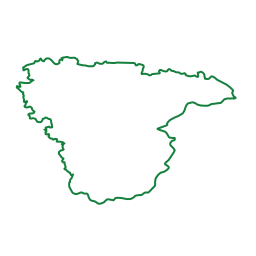 the border of Voronezh, rotated 357°
{"feature_id": "RUS-2377", "entity_name": "Voronezh", "entity_type": "Region", "adm_level": 1, "iso_a3": "RUS", "parent_name": "Russia", "parent_adm1": "", "projection": "robinson", "projection_center": [39.798, 50.823], "detail": "fine", "context": "isolated", "style": "outline", "palette": "green", "viewbox_px": 256, "rotation_deg": 357, "n_neighbors": 0, "source": "natural_earth", "source_scale": "10m", "svg_char_len": 5659}
<svg xmlns="http://www.w3.org/2000/svg" viewBox="0 0 256 256"><g transform="rotate(357 128 128)"><path d="M73.0,191.3L71.2,190.9L69.9,190.2L68.8,189.0L66.2,183.4L66.4,180.3L66.5,179.5L67.3,178.9L67.3,178.7L67.1,178.2L67.5,177.0L68.0,176.1L68.9,175.3L70.1,172.9L70.5,171.7L70.1,171.7L69.1,172.2L68.8,172.1L68.0,170.6L67.8,169.6L66.6,169.1L65.0,167.7L64.0,166.4L62.7,165.9L62.5,165.7L62.4,165.4L62.6,165.0L63.4,164.6L63.7,164.0L63.5,162.8L62.8,160.6L62.9,159.3L62.9,159.1L62.5,158.8L61.3,158.8L60.7,158.3L60.5,157.2L60.8,156.8L61.8,155.6L61.9,155.1L60.0,153.8L58.7,151.4L57.6,150.2L57.9,148.3L58.1,148.0L59.7,147.0L62.0,146.4L62.5,146.0L61.6,143.7L61.6,143.3L62.0,142.3L62.0,142.0L61.1,140.7L61.4,140.4L62.4,140.6L62.9,140.6L63.5,140.0L62.5,139.1L61.4,138.5L58.9,138.1L56.5,137.9L56.2,137.8L56.1,137.5L56.5,135.8L56.5,135.6L56.3,135.4L54.3,135.0L53.3,135.6L52.9,135.7L52.5,135.6L51.8,134.8L49.7,134.2L49.3,133.6L48.5,132.9L48.2,132.4L48.2,132.0L48.7,131.6L48.9,131.2L48.8,130.6L48.6,130.0L48.3,129.9L46.5,130.1L45.9,130.0L45.4,129.6L45.3,128.1L46.2,127.5L46.4,126.9L46.2,126.5L45.2,125.8L44.9,125.4L46.3,125.2L46.3,124.6L45.9,124.0L45.9,123.3L49.1,122.6L49.6,122.7L49.8,123.1L50.3,123.4L51.9,123.4L52.2,123.3L52.3,122.7L52.1,120.5L51.7,119.3L51.5,116.7L51.1,115.4L50.6,115.1L49.2,114.8L47.3,113.5L46.2,113.3L45.1,114.0L43.4,114.4L42.9,115.7L42.2,116.7L41.3,117.5L40.7,117.6L38.9,117.4L37.6,116.9L36.2,114.3L35.7,113.8L33.5,113.2L31.7,113.5L30.8,113.4L30.5,113.1L30.5,111.2L30.3,110.6L29.3,109.9L29.2,109.7L29.3,109.1L29.9,108.7L30.5,108.5L33.4,108.4L34.2,108.2L35.1,107.6L35.4,106.7L34.3,105.9L33.4,104.6L33.1,104.0L32.9,102.7L31.7,101.7L30.9,101.5L28.7,102.2L27.8,102.2L26.2,101.6L25.9,101.1L25.8,100.7L26.8,99.7L27.5,97.5L28.6,96.6L28.6,96.1L28.3,96.0L26.1,96.7L25.6,96.4L25.4,96.0L25.8,94.9L25.1,91.8L25.1,91.4L25.5,90.8L25.6,90.2L25.5,89.7L24.9,89.0L25.3,87.2L25.2,86.9L23.8,86.4L22.9,85.7L21.3,83.7L19.1,81.8L19.1,81.3L19.5,80.4L22.2,81.3L22.7,81.1L22.5,79.5L22.0,78.7L21.9,78.1L22.2,76.9L22.5,76.8L28.2,77.8L31.4,77.9L32.3,77.7L33.6,76.6L35.8,75.4L35.5,75.0L34.8,74.7L33.1,74.7L32.3,74.5L31.7,74.1L30.4,72.8L30.4,72.5L30.5,72.3L32.2,70.6L32.2,69.6L31.5,67.7L31.7,66.7L31.5,64.5L31.1,64.0L29.4,63.9L28.4,64.1L27.8,64.7L26.7,64.8L26.5,62.2L30.4,59.9L37.0,58.6L37.7,58.3L38.0,58.0L38.5,56.8L39.1,56.3L39.7,56.3L40.6,56.8L41.3,56.8L42.4,56.3L43.1,55.8L43.5,54.7L44.3,54.1L44.7,54.3L45.5,55.9L45.9,56.3L46.6,56.7L47.6,56.9L48.4,55.6L49.6,54.6L50.9,54.2L52.6,54.4L53.0,54.6L55.3,56.4L56.4,58.1L58.2,59.9L58.9,60.4L60.1,60.6L61.9,60.1L62.9,59.5L63.0,59.1L62.9,57.6L63.4,56.5L64.4,56.0L65.9,56.7L66.1,56.2L66.2,55.6L66.2,55.1L65.8,54.6L66.7,54.3L70.5,53.9L71.3,53.9L72.8,54.7L74.7,55.0L77.9,55.0L78.8,55.2L79.1,55.6L80.6,56.4L80.8,56.7L81.0,57.4L81.8,58.5L81.7,59.2L81.0,60.8L81.0,61.5L85.6,62.9L88.6,63.3L92.0,64.3L96.4,64.5L96.7,64.4L98.2,63.0L98.5,62.6L98.4,61.9L98.5,61.7L98.9,61.4L100.0,61.1L101.4,61.3L102.3,62.0L103.2,62.3L105.3,62.6L106.0,62.4L106.7,61.9L107.9,60.8L109.5,60.4L110.2,61.5L111.2,61.9L112.1,61.8L117.3,62.4L120.6,62.1L137.4,63.4L138.2,63.8L139.0,65.6L139.3,65.9L140.5,65.8L141.2,65.3L141.6,64.8L142.0,64.7L144.0,65.1L146.6,66.2L146.9,67.5L146.8,68.2L145.9,69.6L145.7,71.3L144.6,73.6L144.4,74.2L144.4,74.5L144.6,74.8L146.8,74.7L148.3,74.8L150.8,75.6L152.0,76.4L152.5,76.6L153.8,76.3L154.5,75.7L155.3,75.4L162.2,75.1L162.5,74.9L162.6,74.6L162.0,73.2L162.1,72.6L162.7,71.9L163.1,71.8L163.7,71.8L167.0,73.2L168.5,73.5L169.4,73.5L170.2,73.2L171.1,71.9L171.9,71.4L172.7,71.5L173.4,72.0L174.5,73.2L176.8,73.6L178.4,74.6L178.9,74.8L181.8,75.2L183.1,76.3L184.0,76.7L185.4,76.7L187.0,76.3L187.4,76.3L187.8,76.5L188.2,76.9L188.3,77.3L188.2,77.8L188.5,78.2L191.0,79.3L193.0,79.7L197.2,79.1L197.9,79.3L199.4,80.5L200.5,80.5L200.8,80.0L200.9,79.3L200.6,77.6L200.6,76.4L201.8,76.4L203.0,75.7L203.9,75.7L205.2,76.4L206.4,77.5L207.0,78.8L207.1,79.4L207.0,80.2L207.5,81.8L207.3,82.5L207.7,82.9L210.5,83.3L212.1,82.6L213.3,81.3L214.0,80.9L215.0,80.9L216.0,81.4L217.5,82.5L219.4,84.4L228.8,89.9L231.9,92.6L234.7,95.6L234.9,95.9L234.9,96.3L234.7,96.8L233.9,98.0L234.1,99.3L234.7,100.8L235.3,102.0L236.9,103.2L236.9,103.7L235.4,104.2L234.1,103.9L230.8,103.9L229.0,103.7L228.2,103.8L226.1,104.3L225.6,104.5L222.9,107.1L221.8,107.8L212.4,108.5L210.2,109.6L208.5,109.9L207.2,109.9L202.1,109.4L198.6,108.3L196.7,106.9L194.5,105.8L193.1,105.8L188.9,106.7L187.3,108.7L186.5,110.4L185.2,113.7L183.6,116.1L183.0,116.5L179.0,118.6L174.6,120.2L170.3,122.3L167.9,124.5L167.2,125.7L167.4,126.7L167.3,127.0L166.9,127.3L157.6,130.2L157.5,130.4L157.6,130.6L158.8,131.3L164.4,133.4L165.1,133.9L166.3,135.1L168.4,139.2L168.8,139.5L169.7,139.9L172.2,140.3L173.6,140.3L174.0,140.4L174.2,140.7L174.1,141.8L173.9,142.3L173.5,142.6L171.5,143.1L171.0,143.4L169.9,144.6L169.5,145.4L169.3,146.2L169.5,147.4L172.4,150.7L173.5,152.6L172.5,154.6L166.9,162.1L163.5,164.8L163.1,165.7L163.4,166.4L165.4,167.8L166.2,168.5L166.7,169.4L166.4,170.4L166.0,170.8L164.0,172.4L162.5,173.2L161.9,173.5L158.2,174.4L156.0,176.1L155.3,176.8L153.7,178.8L152.9,180.1L152.3,182.9L152.2,184.4L152.2,185.8L151.9,186.8L151.7,187.3L145.8,192.8L145.0,193.4L144.2,193.5L142.4,193.3L141.4,193.5L140.4,194.0L138.7,195.2L137.5,195.7L135.7,195.5L132.4,195.9L131.4,196.3L130.8,197.0L129.7,197.8L128.3,198.5L126.8,199.0L124.9,199.0L123.1,198.9L117.4,197.5L113.3,197.1L111.9,197.3L111.7,197.4L110.6,198.6L109.6,199.4L104.9,198.2L104.0,198.2L102.9,198.5L100.1,200.9L97.6,201.9L96.2,202.1L94.9,202.1L93.9,201.7L91.5,199.8L89.7,199.1L88.0,198.7L86.6,197.9L85.4,195.9L84.7,193.4L84.2,192.0L83.6,191.4L80.9,191.2L80.0,190.8L78.3,189.9L76.6,190.2L74.8,190.9L73.0,191.3Z" fill="none" stroke="#15803d" stroke-width="2"/></g></svg>